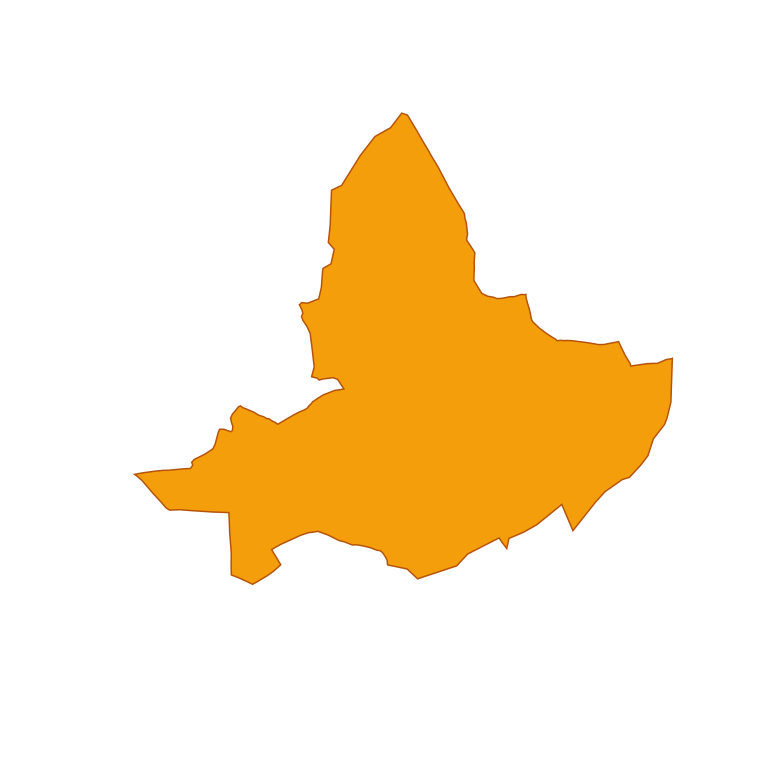 Al-Diwaniya, Al-Qādisiyyah, Iraq, rotated 239°
{"feature_id": "34846034B69027693964314", "entity_name": "Al-Diwaniya", "entity_type": "district", "adm_level": 2, "iso_a3": "IRQ", "parent_name": "Iraq", "parent_adm1": "Al-Qādisiyyah", "projection": "mercator", "projection_center": [44.918, 32.02], "detail": "fine", "context": "isolated", "style": "filled", "palette": "amber", "viewbox_px": 768, "rotation_deg": 239, "n_neighbors": 0, "source": "geoboundaries", "source_scale": "gbopen_adm2", "svg_char_len": 3183}
<svg xmlns="http://www.w3.org/2000/svg" viewBox="0 0 768 768"><g transform="rotate(239 384 384)"><path d="M435.0,123.7L431.9,125.0L425.8,126.9L409.1,129.7L398.7,131.9L390.0,133.4L386.3,135.3L381.5,144.1L374.6,153.8L362.2,171.7L353.7,184.8L348.4,182.0L336.5,175.4L317.7,166.0L306.5,159.1L298.9,154.8L292.5,159.8L285.6,164.5L282.3,166.7L280.0,168.2L279.8,173.2L279.8,177.6L279.8,184.2L280.3,192.3L282.2,202.4L285.6,202.4L290.9,202.4L294.9,202.4L299.9,202.4L299.9,207.7L299.7,213.3L298.3,225.2L297.3,234.3L295.7,242.1L293.6,246.8L291.7,251.5L283.2,258.4L272.9,264.9L269.2,268.7L262.3,274.0L260.2,277.8L255.9,282.8L250.6,288.1L245.3,292.2L243.2,294.7L240.3,295.9L235.3,296.2L231.0,295.9L228.4,294.4L227.1,294.0L225.9,295.2L213.6,308.5L199.7,312.5L190.7,352.7L195.2,368.2L192.8,403.4L187.7,403.6L179.8,404.5L187.3,411.6L185.1,427.1L184.7,442.5L189.2,474.4L161.0,470.4L173.8,504.4L177.9,518.1L179.4,538.9L177.6,546.4L182.4,562.7L186.6,573.3L198.2,586.6L204.9,603.8L207.8,607.4L209.1,609.1L220.6,620.5L257.4,644.3L257.4,644.1L259.6,638.5L259.8,636.6L260.5,631.9L260.9,628.9L262.8,625.7L265.9,620.1L269.6,611.2L270.6,608.9L272.3,604.8L274.6,605.5L275.6,605.5L277.5,605.5L280.8,605.5L282.0,605.5L284.9,605.5L299.5,606.9L300.7,603.5L303.0,597.3L304.5,593.0L307.4,588.0L310.3,584.8L311.5,583.2L313.8,580.7L318.1,575.3L324.4,567.3L326.9,563.5L328.7,560.3L330.4,558.0L332.0,554.6L333.9,554.2L337.8,552.1L343.9,549.2L351.7,546.0L358.2,544.2L361.1,543.5L363.2,543.7L365.0,544.2L368.8,545.7L373.9,547.3L379.7,548.7L385.4,550.5L387.8,551.7L388.0,550.7L390.1,547.8L390.9,544.4L391.8,540.5L393.9,537.1L395.7,531.9L396.6,529.4L398.2,526.2L399.5,524.4L402.2,522.3L405.7,518.2L411.1,514.6L413.6,514.4L415.2,514.4L417.7,514.4L421.2,514.4L426.2,514.4L427.5,515.0L429.7,516.4L433.3,518.7L437.2,521.4L441.2,523.5L445.1,526.2L449.6,529.4L451.7,529.4L455.0,529.4L464.6,528.9L466.7,530.3L469.4,532.8L479.9,537.6L483.7,538.5L488.7,540.7L491.3,540.7L498.4,540.5L518.5,540.7L541.5,542.1L555.2,542.1L560.4,542.3L569.8,542.3L585.1,542.6L590.7,542.6L593.4,542.6L601.3,542.6L602.9,542.3L605.4,540.1L607.0,538.7L600.3,521.7L600.8,503.8L592.2,481.6L576.1,450.1L577.1,438.8L573.9,436.7L547.9,419.7L534.0,409.2L525.0,410.7L514.3,400.4L514.5,391.3L512.0,389.2L499.1,380.1L490.6,371.9L492.6,360.1L496.1,355.4L495.5,352.2L493.5,352.2L489.6,351.8L486.4,350.8L484.3,348.0L480.5,347.3L473.4,347.6L465.7,346.9L454.7,342.1L434.6,333.0L427.5,325.7L423.4,329.8L420.7,330.5L419.9,334.0L417.5,339.3L415.7,343.5L411.9,346.6L405.1,346.9L400.4,347.1L401.7,343.5L403.8,338.8L404.9,332.4L405.9,326.7L405.9,322.6L405.7,317.8L405.5,313.7L404.4,311.0L404.0,308.5L402.8,305.5L402.8,302.8L403.6,297.1L404.0,291.1L404.2,272.2L406.9,271.1L409.6,269.2L413.6,267.4L414.8,265.6L417.9,264.0L421.7,260.6L427.0,257.8L433.9,252.8L436.4,250.8L439.3,249.6L439.3,247.1L437.6,242.8L436.2,238.5L433.9,235.0L430.4,233.7L425.4,232.5L422.1,230.0L422.1,228.0L427.5,223.6L429.9,219.8L427.9,217.0L419.4,208.3L416.5,203.8L416.3,198.8L416.1,194.4L416.9,184.6L417.1,182.8L416.0,178.9L412.9,178.2L411.3,174.8L411.7,173.7L413.4,170.7L417.7,162.0L421.0,154.9L423.5,150.6L426.8,143.8L432.2,131.2L435.0,123.7Z" fill="#f59e0b" stroke="#b45309" stroke-width="1.5"/></g></svg>